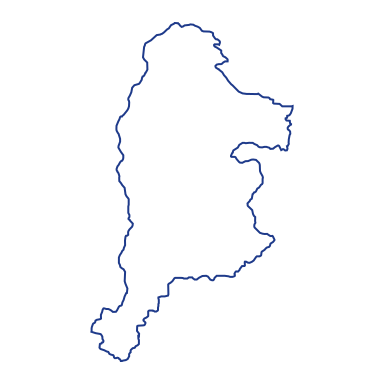 Hojancha, Guanacaste, Costa Rica
{"feature_id": "36466004B12403637236294", "entity_name": "Hojancha", "entity_type": "district", "adm_level": 2, "iso_a3": "CRI", "parent_name": "Costa Rica", "parent_adm1": "Guanacaste", "projection": "natural_earth1", "projection_center": [-85.409, 9.974], "detail": "fine", "context": "isolated", "style": "outline", "palette": "blue", "viewbox_px": 384, "rotation_deg": 0, "n_neighbors": 0, "source": "geoboundaries", "source_scale": "gbopen_adm2", "svg_char_len": 6006}
<svg xmlns="http://www.w3.org/2000/svg" viewBox="0 0 384 384"><path d="M126.9,293.0L126.2,293.1L124.6,296.5L123.6,300.0L122.4,302.4L121.8,305.0L121.4,305.5L119.7,306.0L118.9,306.7L117.0,310.4L115.9,311.8L112.9,311.9L110.8,310.2L109.3,309.4L108.2,309.0L106.3,309.0L104.3,308.4L103.5,308.4L102.7,309.6L102.1,312.0L100.9,314.9L101.0,318.6L100.0,319.2L96.8,319.8L95.5,320.6L95.2,322.0L94.8,322.7L93.2,323.6L92.9,324.1L91.8,327.2L91.6,328.5L91.6,330.8L91.4,331.8L95.8,333.2L100.3,334.0L101.0,334.4L102.3,336.5L102.5,339.1L103.4,340.6L103.4,341.6L103.0,342.3L102.0,342.5L101.5,343.5L100.3,343.7L99.9,344.0L99.5,347.7L100.1,348.6L100.8,349.1L104.2,350.2L106.7,351.5L108.3,351.9L109.4,353.9L110.9,354.6L113.3,355.2L113.6,355.6L114.1,357.5L114.8,358.1L116.2,358.1L117.3,357.7L118.5,358.0L119.1,358.9L120.2,359.5L120.8,361.0L122.0,361.0L123.0,360.6L125.8,360.1L127.7,359.0L129.2,356.2L129.1,354.5L129.3,353.7L130.7,352.1L130.5,351.0L130.9,349.9L132.7,348.2L134.1,348.0L134.6,347.5L135.0,347.5L135.7,346.2L137.6,345.3L138.9,344.0L138.9,340.0L138.4,338.8L138.3,336.9L138.5,337.1L138.9,336.9L139.1,333.7L137.0,330.9L137.2,326.2L138.0,325.7L143.1,325.4L144.2,325.2L144.8,324.7L145.4,323.4L145.4,322.5L143.5,320.6L143.5,319.6L144.4,318.5L146.5,317.5L148.0,316.3L148.2,315.9L148.2,311.4L148.7,310.8L149.5,310.5L152.6,310.5L152.8,310.8L153.6,310.8L154.6,311.5L156.3,311.5L157.6,310.7L158.0,310.1L158.0,307.6L158.4,305.9L158.4,304.0L158.8,303.2L158.8,299.7L158.4,298.4L158.4,297.4L161.3,296.4L164.8,296.4L168.0,295.6L168.4,294.4L168.2,284.6L168.7,283.8L170.5,282.8L172.4,281.2L174.4,278.3L175.1,277.9L181.5,277.9L182.8,278.0L183.8,278.5L187.4,278.5L188.9,277.4L192.2,277.4L192.8,278.2L194.6,279.5L196.8,279.5L199.1,277.7L202.4,276.0L206.2,275.8L208.0,276.6L210.3,279.6L211.8,280.2L212.9,280.3L213.4,280.1L214.1,279.2L214.6,277.8L216.7,275.8L224.7,275.8L228.5,276.3L230.2,276.9L232.4,276.9L234.0,276.4L234.8,275.9L234.9,274.9L234.5,274.2L234.5,273.6L235.5,271.9L236.1,271.4L238.0,271.6L239.5,270.0L239.9,268.9L242.0,266.1L244.5,266.0L244.9,265.5L244.7,262.1L244.9,261.7L246.1,261.7L248.0,262.7L249.6,262.8L251.9,261.8L253.7,260.5L256.0,257.1L256.9,256.3L259.7,256.3L261.0,255.5L261.2,255.0L261.5,252.2L261.9,251.6L264.5,249.9L265.8,248.4L266.9,247.5L269.1,246.9L269.9,245.9L270.5,243.6L273.0,242.0L274.4,240.3L274.5,239.8L272.9,236.4L272.4,235.9L270.9,236.1L269.9,235.8L267.1,233.9L264.7,234.0L262.6,233.7L259.9,232.8L254.6,227.5L254.3,226.7L254.3,225.1L254.5,224.3L255.4,222.8L255.1,221.1L255.2,217.0L253.9,215.8L253.0,213.9L252.2,210.1L248.0,206.1L247.7,205.6L247.5,203.4L249.9,200.8L250.3,199.7L251.8,198.7L252.6,194.2L253.0,194.0L254.1,192.4L254.8,192.3L255.9,191.5L257.3,188.6L259.1,187.5L261.0,184.8L262.1,184.1L262.6,183.1L262.6,178.8L262.9,177.8L262.6,176.3L260.6,172.7L260.0,171.0L259.8,165.0L259.4,163.5L259.0,162.8L256.0,159.9L253.2,159.5L251.3,159.7L248.1,161.1L245.4,161.2L242.3,162.8L240.0,162.6L239.1,162.0L236.7,159.2L235.5,157.2L234.8,156.9L231.6,156.9L231.0,156.5L231.0,155.7L232.2,153.0L232.8,152.6L232.9,151.5L233.4,150.4L237.8,147.6L239.3,144.9L242.5,142.9L244.6,142.9L245.8,143.2L249.1,142.8L252.8,142.9L254.4,144.0L257.2,145.2L258.4,146.6L259.5,147.2L262.1,147.4L264.3,146.9L266.5,146.9L269.4,147.8L270.3,148.9L273.1,148.7L274.9,147.2L277.8,145.5L278.5,145.5L279.2,146.1L281.2,150.1L283.0,149.1L284.0,149.5L285.2,150.5L286.9,150.3L287.5,148.8L287.0,146.3L287.5,146.3L288.8,143.9L288.6,142.7L288.8,139.3L289.6,135.1L290.3,133.8L290.1,131.5L289.3,130.4L288.0,129.5L287.7,128.9L287.7,127.7L288.3,126.7L290.5,124.7L291.8,124.4L291.1,124.2L290.0,123.0L289.8,120.8L286.5,120.5L285.6,119.3L285.6,118.3L287.1,117.7L287.2,115.8L288.6,115.6L289.6,115.0L290.8,113.3L292.5,108.8L292.6,106.0L291.6,106.3L282.2,106.3L279.6,103.9L273.9,103.6L273.1,103.0L273.3,100.0L273.0,99.7L270.1,99.2L269.5,98.1L268.4,97.5L263.7,97.3L262.2,96.7L258.2,93.6L257.2,94.1L246.4,93.9L242.6,93.4L238.7,91.6L232.4,85.2L231.3,84.4L228.1,80.7L226.2,77.6L224.0,75.2L222.3,72.3L218.8,69.5L218.6,69.1L218.2,69.1L216.0,67.7L215.5,66.8L215.4,66.0L216.7,64.6L218.9,64.1L221.1,64.1L221.9,63.8L223.3,62.4L225.1,61.4L227.6,61.4L227.7,60.0L227.4,59.1L225.4,57.3L223.2,56.2L222.7,55.6L222.5,54.8L221.2,53.0L221.2,50.5L216.7,47.5L215.0,46.7L214.1,45.7L214.1,44.8L214.6,44.3L218.0,44.3L219.2,44.8L219.9,42.8L219.9,41.8L219.5,41.0L217.4,39.3L216.1,39.3L215.1,38.5L213.1,35.6L213.0,33.2L212.8,33.0L211.4,32.2L209.5,31.6L203.5,31.4L201.9,30.8L199.8,27.9L197.7,26.7L194.9,25.7L193.3,24.7L190.3,24.4L189.1,24.9L184.6,25.4L183.0,26.5L181.6,26.9L179.8,25.3L179.2,24.2L178.1,23.6L178.0,23.2L174.7,23.0L174.0,23.7L171.0,25.2L168.8,28.4L167.1,29.4L164.1,32.3L162.1,33.8L161.2,34.0L160.5,34.5L156.7,35.1L151.0,40.3L145.6,43.3L145.0,44.3L144.9,45.2L144.1,47.0L143.0,57.3L144.2,59.5L147.2,62.5L147.4,69.6L146.2,71.9L145.4,72.8L145.4,73.3L145.1,73.5L144.2,75.5L143.0,76.5L142.6,76.5L142.0,78.0L141.7,79.8L139.8,82.9L138.9,83.9L134.4,85.2L132.2,87.7L131.3,92.3L129.8,95.7L128.5,97.9L128.3,98.8L128.3,99.8L129.0,101.0L129.2,102.4L129.0,106.3L128.3,108.5L127.3,110.3L123.6,114.9L122.5,115.7L122.0,116.5L120.7,116.5L120.1,117.1L119.4,119.3L118.3,121.4L116.5,125.8L116.4,129.2L116.6,130.6L117.7,132.7L118.6,133.9L120.1,138.8L120.1,141.7L118.5,146.1L118.4,147.6L120.9,151.9L123.3,155.2L123.3,157.7L123.1,159.0L122.2,160.7L121.4,160.9L120.2,162.1L118.4,165.3L117.5,166.3L116.6,168.9L116.6,169.9L116.9,170.8L117.5,171.4L117.5,171.9L118.5,173.2L119.4,176.2L119.2,177.6L119.3,181.1L120.9,183.0L122.3,185.2L124.6,187.8L125.5,194.3L126.6,196.4L128.3,198.4L128.7,199.2L128.7,204.7L128.3,206.5L128.3,212.9L129.4,215.0L129.4,216.5L129.4,217.0L128.5,218.3L128.6,219.2L129.8,220.0L129.8,220.4L132.8,223.6L132.6,225.4L132.1,226.7L129.4,229.5L128.3,231.3L128.1,232.4L128.2,234.8L127.3,235.6L126.0,235.8L125.5,236.8L125.0,240.5L125.1,245.2L123.9,247.9L123.5,249.7L122.2,251.0L121.5,252.6L119.8,255.2L118.9,257.5L118.9,262.9L120.0,265.2L120.3,266.9L121.6,268.1L123.6,269.3L125.1,271.9L124.7,281.2L125.4,283.6L127.4,288.5L126.9,293.0Z" fill="none" stroke="#1e3a8a" stroke-width="2"/></svg>